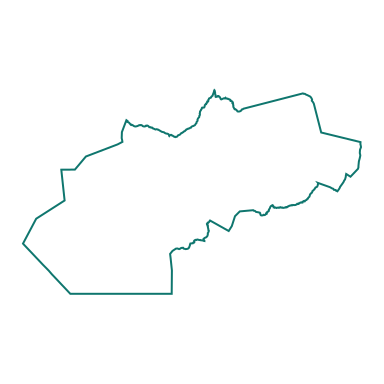 the district of Rinconada, Jujuy, Argentina
{"feature_id": "61730980B37720115941003", "entity_name": "Rinconada", "entity_type": "district", "adm_level": 2, "iso_a3": "ARG", "parent_name": "Argentina", "parent_adm1": "Jujuy", "projection": "mercator", "projection_center": [-66.377, -22.623], "detail": "fine", "context": "isolated", "style": "outline", "palette": "teal", "viewbox_px": 384, "rotation_deg": 0, "n_neighbors": 0, "source": "geoboundaries", "source_scale": "gbopen_adm2", "svg_char_len": 6014}
<svg xmlns="http://www.w3.org/2000/svg" viewBox="0 0 384 384"><path d="M171.7,293.8L171.9,270.4L170.6,258.0L170.1,253.9L172.5,250.9L176.0,248.6L177.5,248.5L179.1,249.1L180.0,248.8L180.5,248.3L182.0,247.8L182.6,247.8L183.1,247.8L183.3,248.3L183.9,248.7L184.7,248.8L185.4,249.1L186.7,249.0L187.9,248.7L189.1,247.6L189.4,246.5L189.9,245.5L189.9,244.8L190.4,243.5L191.9,243.4L192.2,243.2L192.8,243.3L193.3,242.6L193.9,242.7L194.2,242.5L194.4,242.1L194.4,241.5L194.1,241.0L194.2,240.7L194.7,240.3L195.4,239.9L195.9,239.8L196.5,240.0L197.2,239.5L197.6,239.5L198.8,239.9L200.0,240.1L200.3,240.0L200.9,240.3L202.6,240.4L203.5,240.8L204.4,241.0L204.4,240.6L204.1,240.2L203.5,239.8L203.5,239.1L203.5,238.9L204.7,237.9L206.0,237.4L207.2,236.3L207.5,235.6L207.8,234.6L207.8,233.1L208.2,232.6L208.8,231.0L208.8,230.6L208.3,230.0L208.4,229.2L207.9,227.5L208.0,226.8L207.6,226.1L207.6,225.8L207.8,225.4L207.3,225.0L207.3,224.5L207.0,224.4L206.9,223.9L207.1,223.6L207.5,223.5L207.4,223.2L207.6,222.8L208.0,222.5L208.4,222.6L209.3,221.7L209.7,221.2L209.7,220.8L210.0,220.5L228.7,231.0L231.8,226.1L235.0,216.2L239.8,211.4L253.2,210.2L253.7,210.7L254.6,210.8L255.2,211.1L256.0,211.9L258.9,212.4L259.3,212.7L259.8,212.7L260.2,213.2L260.3,214.1L260.6,214.9L261.0,215.3L262.0,215.5L262.3,215.3L263.3,215.2L263.7,214.8L264.4,215.1L264.9,215.0L265.6,214.4L265.9,213.8L266.2,213.6L266.5,213.9L266.8,213.7L266.5,212.7L267.0,212.3L267.4,212.2L267.5,211.7L268.5,211.3L268.8,211.0L268.9,210.6L268.8,210.1L268.9,209.7L269.9,208.2L270.2,207.2L270.8,206.2L271.1,206.0L271.7,205.9L272.2,205.2L272.4,205.1L272.6,205.1L272.9,205.5L272.9,206.0L273.0,206.3L273.5,206.3L273.8,206.7L273.8,207.4L274.4,207.4L274.8,207.8L275.2,207.7L275.6,207.5L276.6,208.0L277.0,207.8L277.9,207.6L278.7,207.8L279.2,207.4L279.8,207.7L280.6,207.2L281.5,207.7L281.8,207.7L282.0,207.5L282.4,207.5L282.9,207.9L283.6,207.9L284.1,207.7L284.5,207.7L285.4,207.3L285.6,207.5L286.0,207.4L286.5,207.4L286.6,207.0L287.3,207.0L288.0,206.6L288.1,206.3L288.8,206.1L289.2,205.8L289.9,205.7L290.3,205.4L291.1,205.5L292.0,205.0L292.5,205.3L293.3,205.0L294.5,205.1L295.4,205.0L296.5,204.5L297.2,203.8L297.6,204.1L298.3,204.0L298.5,203.7L299.0,203.6L299.1,203.2L299.7,203.1L300.4,202.5L301.6,202.6L302.1,202.1L302.6,202.4L303.0,201.6L303.5,201.1L303.9,201.0L304.4,201.4L304.7,201.4L305.4,200.4L306.5,200.0L307.1,199.1L307.9,198.7L308.2,197.8L309.4,196.7L309.8,195.5L309.9,194.9L310.2,194.2L311.0,193.5L311.5,192.8L312.0,192.6L312.5,191.0L312.9,190.8L313.3,190.3L314.4,189.4L314.6,188.8L315.1,188.3L315.4,187.6L315.9,187.3L316.7,187.0L317.2,186.6L317.7,185.4L317.8,184.7L318.1,183.9L318.2,183.3L317.9,182.9L330.0,187.2L332.3,188.5L333.3,188.8L333.9,189.8L335.7,190.0L335.9,190.6L337.4,191.3L339.2,188.8L339.9,187.5L340.0,187.0L342.6,183.4L343.6,181.9L344.2,180.5L345.0,179.5L345.8,176.7L345.8,175.9L346.2,174.0L350.5,176.7L358.0,168.8L358.5,167.0L358.4,166.4L358.9,161.3L359.7,158.4L360.3,155.6L360.1,154.2L359.9,153.6L359.8,152.9L360.0,149.8L361.0,147.1L360.6,144.8L360.4,144.3L360.5,142.1L321.2,132.5L313.8,103.6L312.9,102.0L311.8,100.7L312.1,99.6L312.0,99.3L311.4,98.1L310.8,97.2L310.1,96.5L307.5,95.2L305.8,94.5L305.0,93.9L304.5,93.8L303.7,93.8L302.9,93.4L243.5,108.7L242.7,109.3L241.8,109.5L241.5,110.0L241.3,110.4L240.5,111.1L239.2,111.5L238.0,111.5L237.5,111.4L236.6,110.1L235.8,109.5L235.5,109.5L235.3,109.2L234.8,109.3L234.6,109.2L233.3,106.8L233.4,105.7L233.1,105.0L233.2,104.5L233.0,103.3L232.7,103.6L232.4,103.3L232.4,102.4L232.2,101.8L231.7,101.1L230.7,101.0L230.7,100.7L230.4,100.5L230.5,100.1L230.4,99.9L229.4,99.3L228.6,99.2L227.9,98.7L227.6,98.6L227.2,98.8L226.2,98.3L225.7,98.3L225.6,98.1L225.5,97.9L225.0,98.4L224.9,98.3L224.9,98.1L224.4,98.3L223.8,98.3L221.6,99.3L221.2,99.4L220.9,99.2L220.6,98.8L220.0,97.3L219.2,96.6L218.8,96.2L218.6,96.2L218.6,96.5L218.2,96.5L218.1,96.0L217.9,96.0L217.5,96.1L216.9,96.7L215.9,97.0L215.6,96.8L215.5,96.1L215.5,95.0L215.3,94.1L214.8,93.8L214.6,93.4L214.9,92.9L215.1,92.5L214.6,90.4L214.4,90.2L213.9,91.3L214.1,91.8L214.1,92.2L213.5,92.9L213.5,93.5L213.4,93.8L213.0,94.1L212.6,95.7L212.3,95.8L211.9,96.3L211.3,96.7L211.1,97.5L209.0,98.5L208.7,99.5L208.4,99.7L208.2,101.4L207.8,101.7L207.4,101.4L207.2,101.5L207.1,102.7L206.1,103.5L206.1,104.1L205.7,104.1L204.8,105.2L204.6,106.6L204.4,107.1L203.9,107.6L202.2,107.6L201.9,107.9L201.8,108.7L201.1,109.6L200.9,110.3L200.5,110.8L200.0,111.7L199.9,112.9L199.7,113.5L199.9,113.9L199.9,114.5L199.7,115.4L199.4,115.6L199.2,117.1L198.3,118.1L198.0,118.5L197.5,119.6L197.6,120.4L197.5,120.9L196.6,122.0L196.4,123.2L195.8,123.7L195.1,124.9L194.7,125.3L193.8,125.7L193.4,126.0L192.8,126.1L191.7,126.6L191.3,127.0L191.0,127.6L190.6,127.6L190.0,127.9L189.6,128.3L189.2,128.3L188.4,128.7L188.0,128.7L187.7,129.0L186.9,129.2L186.6,129.5L186.2,129.6L186.0,130.0L185.5,130.3L185.2,130.8L184.6,131.2L184.1,131.3L183.2,132.2L182.6,132.4L182.3,132.8L181.3,133.1L180.7,133.8L179.8,134.7L178.1,135.3L177.2,136.5L176.5,136.9L175.8,136.9L175.3,137.1L174.8,136.7L174.3,136.8L172.7,135.7L172.1,135.6L171.7,135.1L171.3,134.9L170.7,134.9L170.0,135.2L169.3,136.0L169.1,135.7L169.0,135.0L168.5,134.2L167.4,133.7L166.9,133.7L165.7,133.4L164.7,132.9L164.0,132.3L161.8,131.8L158.1,129.6L157.5,129.6L157.1,129.3L156.5,129.2L155.4,129.5L154.8,129.2L154.3,128.9L153.0,128.5L152.5,127.8L152.2,127.6L151.8,127.6L151.5,127.5L151.2,127.7L150.2,127.1L149.3,127.2L148.5,126.2L147.6,125.6L147.2,125.7L146.9,125.6L146.4,125.6L146.2,125.9L145.9,125.8L145.7,125.8L145.1,126.4L144.1,126.5L142.7,126.1L142.0,125.4L141.4,125.1L140.7,125.0L140.0,125.3L139.3,125.1L137.6,126.0L135.7,126.5L134.4,126.3L133.5,125.8L132.6,125.1L132.0,124.9L131.7,125.0L131.5,124.7L131.0,124.8L130.9,124.5L130.5,124.4L130.3,124.0L129.7,123.6L129.4,123.0L128.5,122.3L127.4,121.9L127.3,121.5L127.5,121.0L126.4,120.2L121.9,132.1L121.7,138.1L122.2,140.4L122.4,141.9L117.6,144.4L85.9,156.5L74.9,169.6L61.3,169.7L64.6,200.5L36.2,218.7L23.0,243.6L23.7,244.4L42.8,264.6L48.8,270.7L51.8,274.2L70.3,293.8L171.7,293.8Z" fill="none" stroke="#0f766e" stroke-width="2"/></svg>